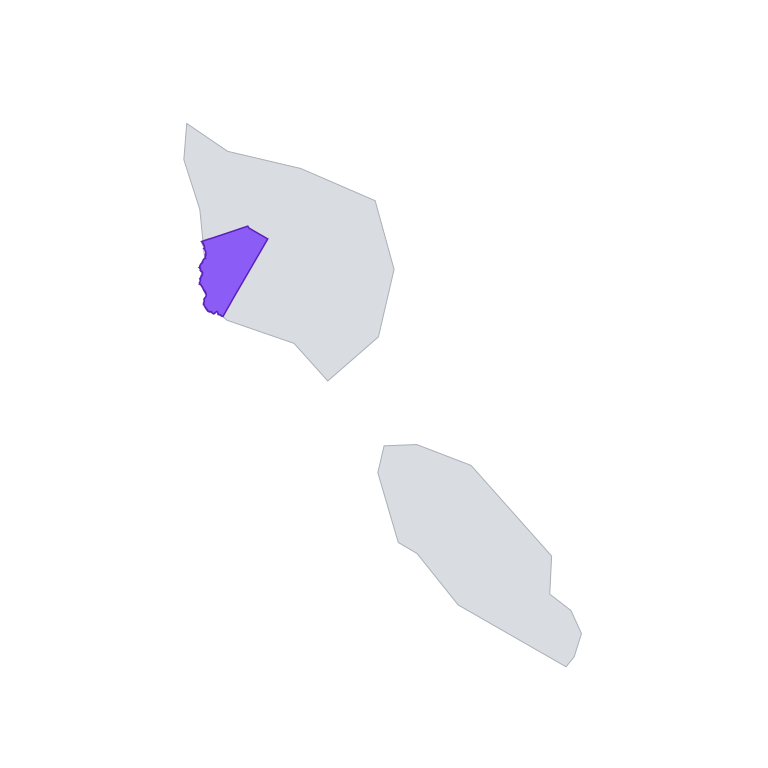 Palauli West, Palauli, Samoa (highlighted), rotated 30°
{"feature_id": "51752279B21529413324120", "entity_name": "Palauli West", "entity_type": "district", "adm_level": 2, "iso_a3": "WSM", "parent_name": "Samoa", "parent_adm1": "Palauli", "projection": "natural_earth1", "projection_center": [-172.564, -13.715], "detail": "fine", "context": "in_parent", "style": "filled", "palette": "violet", "viewbox_px": 768, "rotation_deg": 30, "n_neighbors": 0, "source": "geoboundaries", "source_scale": "gbopen_adm2", "svg_char_len": 5343}
<svg xmlns="http://www.w3.org/2000/svg" viewBox="0 0 768 768"><g transform="rotate(30 384 384)"><path d="M284.7,229.7L335.4,279.7L355.6,346.0L333.8,409.5L285.8,393.8L216.2,407.3L193.0,402.8L137.2,324.9L98.5,289.8L82.9,257.0L132.3,260.7L204.2,239.0L284.7,229.7ZM683.0,537.9L558.8,538.3L497.4,514.3L475.6,514.1L423.0,463.9L415.0,437.5L442.6,420.1L500.1,411.0L615.2,449.2L632.6,483.1L659.2,486.7L679.8,501.4L685.1,525.2L683.0,537.9Z" fill="#d9dde1" stroke="#a8b0b8" stroke-width="1"/><path d="M189.2,316.5L187.1,315.4L160.9,345.0L160.6,345.2L157.0,349.2L154.7,351.9L154.9,352.0L155.1,352.0L155.4,352.1L155.5,352.1L155.9,352.1L156.1,352.2L156.2,352.5L156.3,352.4L156.5,352.7L156.9,352.5L157.5,352.9L157.5,353.0L157.8,353.1L157.8,353.4L157.8,353.8L158.0,353.7L158.3,353.4L158.8,353.8L159.3,354.2L160.4,355.7L160.5,355.9L160.5,356.2L160.2,356.9L160.4,356.9L160.8,356.7L161.0,356.8L161.1,356.7L162.3,357.8L162.8,357.9L163.0,358.2L163.4,358.5L163.8,358.9L163.9,359.1L164.1,359.5L164.4,360.1L164.8,360.5L165.0,361.0L165.2,361.3L164.9,361.5L165.3,361.6L165.4,361.8L165.5,362.1L165.5,362.4L165.4,362.5L165.6,363.0L165.9,363.4L165.9,363.8L166.0,364.0L166.2,364.4L166.4,364.4L166.2,364.7L166.0,364.8L165.7,365.2L165.5,365.8L165.7,367.0L165.5,367.4L165.4,367.4L165.6,368.0L165.8,368.9L165.8,369.1L165.7,369.2L165.9,369.3L165.8,369.8L165.7,369.9L165.7,370.1L165.8,370.1L165.6,370.6L165.8,370.7L165.7,370.8L165.6,371.1L165.5,371.7L165.4,371.7L165.4,371.9L165.5,372.0L165.4,372.2L165.4,372.4L165.3,372.7L165.4,373.0L165.4,373.3L165.6,373.6L165.5,373.8L165.5,374.2L165.6,374.4L165.8,374.3L165.8,374.6L165.8,374.9L165.9,375.0L165.9,375.3L166.0,375.3L165.9,375.4L166.2,375.4L166.3,375.7L166.5,375.7L166.6,375.8L166.8,376.0L167.0,376.1L167.2,376.3L167.3,376.3L167.6,376.2L167.7,376.4L167.9,376.4L168.1,376.8L168.2,377.0L168.2,377.3L168.1,377.5L168.3,377.6L168.6,377.6L168.9,377.8L169.0,377.7L169.1,377.8L169.3,378.0L169.7,377.9L169.8,378.0L169.9,377.8L170.0,377.7L170.1,377.9L170.3,377.8L170.5,377.9L170.5,378.1L171.1,378.3L171.3,378.6L171.5,378.6L171.7,379.0L171.6,379.3L171.5,379.5L171.4,379.7L171.6,380.0L171.8,380.2L171.7,380.3L171.8,380.5L171.9,380.8L172.0,380.9L171.9,381.0L172.0,381.1L171.9,381.2L171.9,381.4L171.9,381.5L172.0,381.8L171.8,381.8L172.0,382.1L172.0,382.4L172.1,382.5L172.0,382.8L171.9,382.9L172.0,383.0L171.9,383.6L172.1,384.2L171.9,384.0L171.8,384.5L172.0,384.5L171.9,384.7L172.2,384.8L172.2,385.0L172.3,385.1L172.4,385.4L172.6,385.3L172.7,385.6L172.8,385.6L172.8,385.8L173.0,385.9L173.2,386.2L173.2,386.3L173.3,386.4L173.3,386.6L173.4,386.8L173.5,387.0L173.5,387.3L173.5,387.6L173.5,388.1L173.7,388.5L173.8,388.7L173.7,388.8L174.2,389.2L174.2,389.4L174.3,389.3L174.4,389.5L174.7,389.7L174.8,389.6L175.0,389.7L175.3,389.4L175.7,389.5L175.8,389.7L176.1,389.8L176.2,390.0L176.4,390.0L176.5,390.2L177.0,390.2L177.1,390.4L177.4,390.6L177.7,390.5L177.9,390.8L178.1,390.8L178.1,391.0L178.5,391.2L179.0,391.3L179.1,391.5L179.3,391.6L179.6,391.9L179.8,392.0L180.0,392.1L180.1,392.3L180.3,392.2L180.5,392.3L180.8,392.4L180.8,392.6L181.0,392.7L181.1,392.9L181.3,392.8L181.4,393.0L181.5,393.2L181.8,393.2L181.9,393.3L182.0,393.2L182.2,393.4L182.4,393.4L182.5,393.4L182.6,393.5L182.8,393.3L183.0,393.6L183.4,393.6L183.4,393.9L183.4,394.0L183.6,393.9L183.7,394.0L183.8,394.0L183.9,394.3L184.0,394.2L184.4,394.6L184.5,394.6L184.7,394.8L184.7,395.0L184.8,395.0L185.1,395.1L185.2,395.3L185.3,395.5L185.5,395.5L185.6,395.8L185.7,396.0L185.8,396.1L185.8,396.5L186.0,396.8L185.9,397.0L186.0,397.2L186.0,397.6L186.0,398.2L185.8,398.5L185.8,398.9L185.7,399.1L185.8,399.2L185.8,399.5L185.7,399.6L185.6,400.1L185.7,400.4L185.8,400.5L185.8,400.8L186.0,400.8L186.4,401.2L186.4,401.4L186.5,401.5L186.6,401.8L186.7,401.7L186.9,401.9L187.0,402.3L187.0,402.5L187.1,402.8L187.2,403.4L187.4,403.5L187.3,403.8L187.4,404.1L187.3,404.3L187.5,404.6L187.8,405.0L188.0,405.0L188.0,405.3L188.2,405.2L188.4,405.3L188.8,405.5L189.0,405.9L189.1,406.1L189.4,406.1L189.5,406.2L189.8,406.2L189.9,406.3L190.1,406.3L190.3,406.4L190.6,406.7L190.6,406.8L190.8,406.8L191.0,407.0L191.3,407.0L191.4,407.3L191.6,407.5L191.8,407.4L192.0,407.4L192.3,407.6L192.7,407.7L192.7,407.9L192.9,407.9L193.0,408.0L193.2,407.9L193.3,408.0L193.4,408.4L193.5,408.4L193.7,408.2L194.0,408.5L194.1,408.4L194.2,408.5L194.3,408.6L194.7,408.7L194.8,408.8L194.9,408.6L195.2,408.6L195.4,408.7L195.4,408.8L195.6,408.8L195.8,409.0L195.9,408.9L196.0,408.9L196.5,408.8L196.6,408.7L196.8,408.8L196.9,408.7L197.0,408.7L197.3,408.6L197.3,408.2L197.7,408.2L197.6,407.9L198.0,407.8L198.3,407.8L198.4,407.7L198.5,407.8L199.5,408.3L199.8,408.5L200.1,408.5L200.3,408.5L200.7,408.5L200.9,408.4L201.1,408.4L201.4,408.4L201.4,408.2L201.5,408.2L201.6,407.8L201.8,407.8L201.9,407.7L202.0,407.7L202.1,407.4L202.2,407.1L202.3,406.7L202.2,406.6L202.2,406.4L202.3,406.2L202.5,405.8L202.6,405.6L202.9,405.1L203.0,405.0L203.1,404.8L203.3,404.8L203.5,404.6L203.7,404.9L204.0,405.0L204.1,405.3L204.5,405.7L205.3,406.2L205.4,406.4L205.5,406.2L205.8,406.3L206.0,406.3L206.3,406.3L206.5,406.5L206.6,406.4L206.9,406.4L207.2,406.3L207.2,406.1L207.4,406.0L207.5,406.0L207.8,406.0L208.2,406.1L208.4,406.2L208.5,406.2L208.7,406.3L208.7,406.2L208.8,406.1L209.2,406.2L209.4,406.2L209.6,406.3L209.7,406.2L209.8,406.2L210.8,406.0L210.7,397.6L210.7,391.9L210.6,386.9L210.8,316.5L189.2,316.5Z" fill="#8b5cf6" stroke="#5b21b6" stroke-width="1.5"/></g></svg>